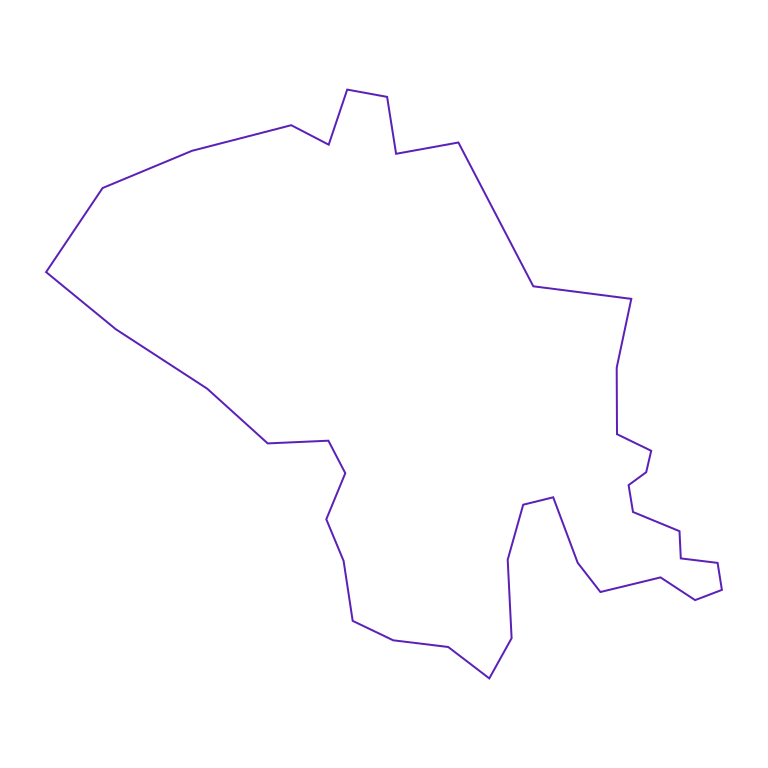 Yangibazar, Khorezm, Uzbekistan (Equal Earth projection)
{"feature_id": "79887680B22803301231900", "entity_name": "Yangibazar", "entity_type": "district", "adm_level": 2, "iso_a3": "UZB", "parent_name": "Uzbekistan", "parent_adm1": "Khorezm", "projection": "equal_earth", "projection_center": [60.467, 41.675], "detail": "fine", "context": "isolated", "style": "outline", "palette": "violet", "viewbox_px": 768, "rotation_deg": 0, "n_neighbors": 0, "source": "geoboundaries", "source_scale": "gbopen_adm2", "svg_char_len": 616}
<svg xmlns="http://www.w3.org/2000/svg" viewBox="0 0 768 768"><path d="M352.7,620.9L393.2,640.3L448.2,647.0L489.3,678.4L511.6,638.2L507.7,559.7L523.2,504.7L553.2,497.3L577.7,562.8L600.4,592.0L660.5,577.4L695.1,600.1L721.9,589.9L717.6,562.9L680.8,558.4L679.5,531.2L633.0,512.0L628.6,485.1L646.2,472.2L651.2,450.8L617.0,434.2L616.7,367.7L631.3,298.9L533.3,286.3L458.4,142.5L396.1,153.8L387.1,96.9L347.2,89.6L328.7,144.7L291.2,125.2L192.0,150.8L102.6,188.0L46.1,272.1L115.9,329.3L207.2,388.7L267.7,443.4L328.4,440.7L345.3,473.2L326.3,519.3L343.6,560.9L352.7,620.9Z" fill="none" stroke="#5b21b6" stroke-width="2"/></svg>